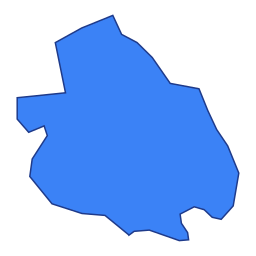 outline of Vitina
{"feature_id": "KOS-5905", "entity_name": "Vitina", "entity_type": "District", "adm_level": 1, "iso_a3": "XKX", "parent_name": "Kosovo", "parent_adm1": "", "projection": "robinson", "projection_center": [21.372, 42.321], "detail": "fine", "context": "isolated", "style": "filled", "palette": "blue", "viewbox_px": 256, "rotation_deg": 0, "n_neighbors": 0, "source": "natural_earth", "source_scale": "10m", "svg_char_len": 578}
<svg xmlns="http://www.w3.org/2000/svg" viewBox="0 0 256 256"><path d="M233.2,205.9L225.0,215.1L221.2,219.3L212.2,217.3L204.2,209.7L194.2,206.8L180.1,214.1L181.4,223.3L187.6,232.6L188.6,239.8L179.3,240.6L149.3,230.1L134.2,231.3L128.9,235.2L128.7,234.8L105.0,215.4L82.0,213.5L52.0,203.8L29.8,176.5L32.2,159.0L47.3,135.6L44.1,125.9L28.7,132.3L17.2,119.1L17.2,97.7L65.5,92.8L55.3,42.6L81.7,28.0L112.8,15.4L121.6,34.4L137.1,42.6L152.3,57.6L170.2,83.4L199.0,88.8L207.8,110.6L216.7,129.6L227.7,145.9L238.8,173.1L233.2,205.9Z" fill="#3b82f6" stroke="#1e3a8a" stroke-width="1.5"/></svg>